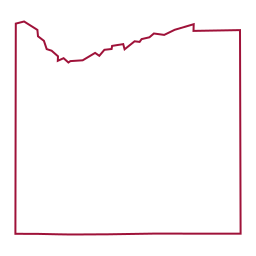 Cattaraugus, New York, United States of America (Equal Earth projection)
{"feature_id": "52423323B48082592169210", "entity_name": "Cattaraugus", "entity_type": "district", "adm_level": 2, "iso_a3": "USA", "parent_name": "United States of America", "parent_adm1": "New York", "projection": "equal_earth", "projection_center": [-78.757, 42.27], "detail": "fine", "context": "isolated", "style": "outline", "palette": "rose", "viewbox_px": 256, "rotation_deg": 0, "n_neighbors": 0, "source": "geoboundaries", "source_scale": "gbopen_adm2", "svg_char_len": 533}
<svg xmlns="http://www.w3.org/2000/svg" viewBox="0 0 256 256"><path d="M240.0,30.1L193.5,30.9L193.7,24.2L174.7,29.8L164.2,34.9L153.9,33.5L149.4,37.3L141.6,39.1L139.6,41.9L134.6,41.3L124.6,49.3L123.2,44.1L112.1,45.9L111.6,49.0L104.4,49.8L99.3,55.8L95.1,52.9L82.7,60.3L70.4,61.1L68.4,62.5L63.6,58.2L57.8,60.8L58.0,56.3L51.6,50.7L46.7,49.1L43.9,40.8L38.0,36.3L37.4,29.9L24.1,21.5L15.8,23.6L15.4,233.8L38.8,233.9L58.0,234.3L71.1,234.5L108.5,234.3L154.3,233.6L240.6,233.7L240.0,30.1Z" fill="none" stroke="#9f1239" stroke-width="2"/></svg>